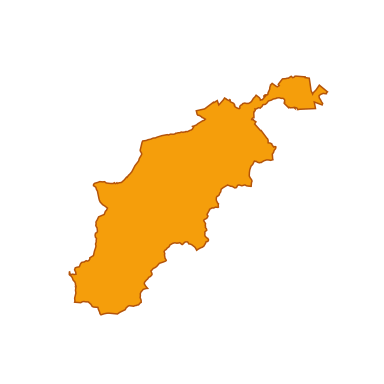 Garcina, Neamt, Romania (orthographic projection), rotated 289°
{"feature_id": "2599482B24774120004801", "entity_name": "Garcina", "entity_type": "district", "adm_level": 2, "iso_a3": "ROU", "parent_name": "Romania", "parent_adm1": "Neamt", "projection": "orthographic", "projection_center": [26.305, 47.002], "detail": "fine", "context": "isolated", "style": "filled", "palette": "amber", "viewbox_px": 384, "rotation_deg": 289, "n_neighbors": 0, "source": "geoboundaries", "source_scale": "gbopen_adm2", "svg_char_len": 6056}
<svg xmlns="http://www.w3.org/2000/svg" viewBox="0 0 384 384"><g transform="rotate(289 192 192)"><path d="M320.8,232.4L318.7,231.4L318.6,231.6L316.5,231.5L314.4,232.0L310.7,231.6L309.0,231.9L308.5,231.7L307.6,229.4L306.7,229.4L306.3,228.7L305.8,228.9L306.5,230.2L302.2,228.5L301.9,227.8L301.1,226.8L301.8,226.5L303.1,225.0L304.4,221.1L302.3,220.5L300.6,219.6L297.0,218.8L296.0,218.2L294.9,217.4L294.1,216.5L293.4,214.4L293.3,213.0L292.2,211.3L290.6,210.6L290.1,210.0L289.2,209.5L288.2,209.4L287.0,210.0L286.1,209.4L286.1,207.4L286.5,205.2L287.4,204.0L288.0,204.2L289.2,202.8L289.4,202.4L289.8,198.9L290.1,198.6L291.4,198.2L291.6,197.7L290.5,197.4L290.8,194.3L291.1,194.2L291.5,192.2L289.1,191.6L283.0,189.0L286.7,186.1L283.9,183.8L283.5,183.3L283.8,183.0L283.5,182.8L274.7,176.9L270.2,169.6L267.2,171.5L266.5,172.6L266.8,174.2L266.4,175.4L266.2,176.7L265.7,177.1L265.7,178.6L265.2,180.9L263.8,180.2L262.8,178.9L258.5,175.3L256.7,174.3L256.0,173.3L255.0,172.6L254.7,171.7L254.3,171.2L254.0,172.1L253.5,172.4L252.4,171.9L251.7,172.0L250.5,171.2L249.3,169.7L247.6,168.1L247.2,166.5L246.6,166.1L246.0,164.7L245.4,164.1L245.4,162.9L245.0,162.1L244.1,161.2L243.6,159.8L242.4,158.0L242.3,157.5L241.3,156.9L240.6,155.8L239.7,152.8L238.3,151.3L238.2,150.0L235.5,145.2L232.7,141.4L231.9,140.4L231.3,140.0L230.5,138.1L229.9,137.2L228.5,135.8L227.2,133.5L225.8,131.9L224.2,128.8L222.8,128.6L214.6,129.4L213.8,129.9L212.3,131.7L211.0,132.2L206.6,131.3L203.9,131.4L198.3,129.5L191.5,128.5L188.0,127.1L187.4,126.6L184.9,125.9L185.1,125.6L184.8,125.3L181.3,124.0L179.2,122.8L178.0,122.1L177.0,120.1L175.8,118.7L176.3,118.0L175.3,117.3L174.9,116.7L175.5,115.5L174.4,114.8L173.5,112.1L172.6,108.0L173.3,106.0L172.5,104.3L171.8,101.4L170.4,99.8L168.6,97.2L167.6,96.6L166.8,96.5L165.9,96.8L165.2,99.5L163.2,100.9L162.2,102.2L155.9,105.9L154.2,107.0L152.6,108.5L150.9,111.7L150.4,114.0L149.3,117.3L146.9,117.1L145.7,116.4L142.2,116.3L138.1,111.8L134.4,111.4L133.0,111.0L131.6,111.2L130.6,111.8L129.3,111.8L128.1,112.7L127.2,113.9L124.1,115.4L122.6,115.2L122.3,114.8L121.6,114.2L119.7,114.4L117.8,115.4L117.0,116.8L114.9,117.2L113.6,117.7L111.4,117.7L109.7,118.8L107.5,119.0L104.4,119.0L99.8,119.5L96.5,116.8L95.4,117.2L93.7,116.8L92.6,115.7L92.6,114.3L90.8,112.9L89.5,110.6L88.0,110.0L84.8,109.8L84.3,109.4L83.5,107.8L82.3,106.3L80.2,106.3L78.4,108.1L76.5,109.1L75.5,107.2L75.6,106.1L74.8,104.9L74.6,104.4L74.9,103.3L76.6,102.3L76.4,102.1L74.1,102.8L73.8,103.1L73.1,105.1L72.2,106.5L70.0,108.3L68.8,110.5L67.5,111.6L66.1,112.1L65.2,113.1L64.7,113.1L64.3,112.7L63.9,113.3L61.2,113.8L58.7,115.1L53.4,115.6L50.8,116.8L49.6,116.9L51.1,122.8L52.5,124.0L53.1,125.0L53.3,125.6L53.5,127.0L54.3,129.7L52.9,133.0L51.3,134.9L51.2,136.5L52.3,140.6L50.7,141.6L48.3,143.8L47.0,144.6L46.2,145.9L48.2,148.5L49.7,151.1L50.4,152.9L52.4,161.2L54.7,162.9L59.0,167.2L60.8,167.4L63.2,168.7L64.1,169.6L65.0,174.0L66.0,175.1L66.5,176.2L67.2,176.9L67.9,178.2L70.0,179.0L71.2,179.9L73.3,179.0L75.3,177.3L77.0,177.0L79.0,176.2L80.8,176.3L84.1,177.6L85.8,180.0L86.4,181.4L87.8,179.0L89.6,176.8L91.1,176.5L94.0,177.6L95.1,178.3L97.3,178.9L98.6,180.2L100.8,181.1L102.0,180.6L103.6,179.1L104.3,178.9L105.1,179.5L107.0,180.2L108.7,181.9L110.2,182.9L113.9,184.3L116.5,187.7L118.0,189.4L118.7,189.9L119.1,189.9L120.7,188.0L123.7,186.4L124.7,186.4L126.6,185.0L128.0,185.3L129.3,186.3L130.9,186.8L132.5,188.0L133.6,188.3L134.6,188.3L137.1,190.4L138.4,192.3L138.6,194.1L139.0,194.9L139.0,195.3L140.1,196.8L139.1,199.6L139.2,200.0L140.7,200.9L141.6,201.1L142.4,201.8L142.8,202.3L143.3,203.8L143.1,204.6L141.9,205.8L142.2,207.3L142.1,208.8L140.9,212.4L140.1,213.6L138.4,215.4L139.9,216.4L142.1,218.4L143.1,219.7L144.6,220.8L148.0,221.5L149.5,221.5L149.8,221.7L150.0,222.5L150.9,223.2L151.3,223.3L152.3,223.1L153.3,222.0L153.2,221.6L154.3,219.0L155.6,218.0L156.8,217.8L158.3,217.1L160.7,218.4L161.9,217.6L162.8,216.2L164.2,215.9L164.7,215.4L166.5,215.1L168.7,212.4L169.8,212.5L171.9,214.5L174.0,215.0L174.9,214.6L175.0,214.0L175.8,213.5L180.8,214.4L181.3,214.2L183.4,216.1L184.0,217.8L185.3,219.1L185.9,221.6L186.3,221.9L188.3,221.0L189.4,220.9L189.7,220.1L191.7,218.0L192.7,217.4L194.6,216.9L195.4,216.9L196.2,217.2L196.3,217.6L197.9,218.6L199.8,218.6L201.5,219.1L204.1,218.7L206.2,220.0L210.1,223.3L209.9,223.5L210.2,224.4L210.0,226.6L210.4,228.3L209.8,231.1L210.4,232.3L211.2,232.7L213.0,232.9L214.0,234.1L214.1,237.1L215.8,239.5L215.9,240.1L215.6,241.5L216.0,243.7L216.4,245.1L216.4,245.6L216.6,246.1L220.2,245.2L221.9,245.2L223.1,244.2L224.1,242.7L225.8,240.9L229.2,239.9L231.8,239.4L235.6,239.4L237.8,240.4L241.5,240.9L241.7,241.2L241.6,241.7L241.6,242.3L241.9,242.6L241.5,244.0L241.5,246.1L242.3,247.3L242.3,247.7L244.9,249.8L246.7,252.2L247.3,254.4L247.5,256.0L248.9,258.0L249.8,257.4L254.0,255.6L255.9,256.2L258.1,256.1L260.2,256.9L261.8,256.7L262.1,256.4L261.9,255.5L261.1,254.6L263.0,251.9L263.5,251.7L263.7,249.9L263.3,248.0L265.7,247.1L267.0,246.0L267.2,245.3L272.2,238.0L272.6,237.4L272.3,237.2L272.3,236.9L276.7,229.1L279.2,229.6L279.7,227.4L280.3,226.5L279.9,224.8L280.2,224.7L281.6,225.2L282.4,226.4L287.0,224.6L288.1,224.5L288.1,224.8L289.8,225.2L291.0,224.6L291.0,225.1L291.5,225.8L293.4,227.5L293.6,229.3L294.4,229.5L295.5,230.3L297.5,230.6L298.2,231.5L298.4,232.3L298.9,232.9L300.4,233.8L302.9,234.6L304.7,237.1L306.4,238.6L307.7,240.9L308.3,241.3L309.5,243.6L309.6,246.0L310.2,247.5L309.6,249.3L308.4,250.0L307.5,250.0L306.9,250.5L306.1,250.1L305.6,250.8L303.1,256.0L303.7,256.2L303.6,257.4L304.9,260.8L304.9,261.3L304.6,262.1L305.4,261.5L305.6,263.1L305.3,264.3L304.3,265.2L305.3,266.9L311.1,281.6L316.9,278.3L316.7,286.7L318.3,286.7L319.3,285.2L321.2,283.3L322.2,281.9L324.1,280.8L324.7,280.9L326.3,282.0L328.0,284.0L328.3,285.9L328.7,287.1L329.8,286.9L330.8,287.5L334.5,277.6L328.8,276.0L325.0,274.2L323.9,274.2L326.4,271.7L337.8,265.8L337.0,261.7L337.7,261.5L335.5,252.9L335.0,251.6L333.8,251.1L332.9,250.0L333.7,248.1L330.9,246.0L330.6,244.9L329.8,243.9L328.4,240.7L321.9,238.5L321.0,239.8L319.2,238.4L319.4,237.0L320.8,232.4Z" fill="#f59e0b" stroke="#b45309" stroke-width="1.5"/></g></svg>